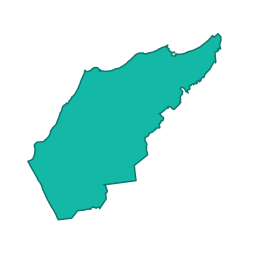 Manta, Manabi, Ecuador, rotated 353°
{"feature_id": "8360857B72136829689010", "entity_name": "Manta", "entity_type": "district", "adm_level": 2, "iso_a3": "ECU", "parent_name": "Ecuador", "parent_adm1": "Manabi", "projection": "mercator", "projection_center": [-80.772, -1.033], "detail": "fine", "context": "isolated", "style": "filled", "palette": "teal", "viewbox_px": 256, "rotation_deg": 353, "n_neighbors": 0, "source": "geoboundaries", "source_scale": "gbopen_adm2", "svg_char_len": 5598}
<svg xmlns="http://www.w3.org/2000/svg" viewBox="0 0 256 256"><g transform="rotate(353 128 128)"><path d="M221.4,72.7L222.6,73.2L222.7,73.8L223.0,73.6L223.3,72.2L223.2,70.5L223.4,67.0L223.3,64.3L224.4,63.4L227.3,62.1L226.8,60.7L229.0,60.0L229.1,60.7L229.5,60.6L229.2,59.1L229.3,59.1L229.0,58.2L229.0,57.6L229.6,55.5L230.1,54.4L230.9,52.1L231.3,49.1L228.8,45.4L224.9,48.2L223.0,46.7L221.2,48.4L219.2,50.2L217.7,51.3L216.4,52.0L215.9,52.4L215.2,52.9L209.8,56.1L207.1,57.2L203.0,58.6L200.0,59.3L198.3,59.4L196.9,59.7L196.0,60.1L195.0,60.2L193.7,60.8L193.0,60.9L190.8,61.2L189.4,61.2L188.7,61.1L188.1,61.2L186.7,61.0L186.3,60.8L184.7,60.5L184.3,60.5L184.1,60.7L184.1,61.0L184.3,61.2L184.5,61.3L184.3,61.9L184.2,61.8L184.3,61.4L184.1,61.4L184.0,61.6L183.9,61.7L184.0,61.1L183.9,61.2L183.5,62.3L183.4,62.4L181.7,62.0L181.1,61.7L180.7,61.4L180.5,61.1L180.3,59.2L180.1,58.5L180.3,58.5L183.2,58.9L183.4,58.7L183.3,58.4L183.0,58.3L182.7,58.5L179.9,58.1L179.5,57.4L178.9,56.6L177.5,55.6L178.3,54.3L176.2,52.6L177.5,50.9L177.2,50.7L176.3,51.2L175.1,51.6L174.7,52.1L174.1,51.9L173.5,52.0L171.7,52.3L170.5,52.7L170.0,53.0L169.0,53.3L168.1,53.4L167.6,53.9L167.2,54.1L166.1,54.4L165.3,54.8L164.4,55.0L162.4,55.6L159.7,55.9L157.8,56.0L156.2,56.4L154.5,56.6L154.2,56.5L153.8,56.4L152.8,56.2L152.3,55.8L152.1,55.4L151.7,55.2L149.5,55.4L149.2,55.3L148.8,55.1L148.5,55.0L147.5,55.2L147.1,55.5L146.5,55.6L145.4,55.7L144.6,56.3L143.5,56.9L142.4,57.8L142.0,58.3L141.3,58.6L140.8,59.1L139.8,59.8L139.4,60.3L139.1,60.4L138.2,61.1L137.1,61.5L135.7,62.6L134.7,63.6L133.2,64.4L132.8,64.5L131.6,65.3L126.2,67.7L124.0,67.7L122.8,67.8L121.5,68.2L120.8,68.6L120.0,68.7L119.6,69.0L115.6,69.2L113.9,69.1L113.1,69.2L112.5,69.1L111.5,68.7L109.2,68.3L108.3,67.7L108.1,67.4L107.6,67.2L107.1,68.1L106.4,68.8L107.1,67.9L107.6,67.1L106.6,66.5L106.1,65.9L105.8,65.3L105.2,64.7L104.3,64.1L102.1,64.0L101.0,64.3L100.2,64.7L99.2,65.2L97.5,66.5L96.3,66.8L95.7,67.0L95.2,67.0L92.6,66.7L92.4,66.4L92.5,65.8L92.4,65.6L92.1,65.9L91.8,66.6L91.6,68.1L91.3,68.3L90.9,69.1L89.9,70.6L89.2,72.0L88.7,72.5L88.2,73.6L87.4,74.8L87.2,75.4L86.8,75.9L86.2,77.3L85.5,78.7L84.7,79.9L84.5,80.4L83.5,82.3L81.7,84.9L79.7,87.5L78.4,88.9L77.3,89.7L76.2,90.3L76.0,90.5L75.5,91.6L74.6,92.4L74.2,93.0L73.6,93.5L72.8,93.9L72.6,94.9L72.1,95.6L71.5,96.0L70.9,96.3L70.3,95.9L70.0,95.8L69.7,95.9L69.3,96.6L68.8,97.2L68.5,97.4L67.4,97.5L67.2,97.7L67.0,98.2L66.4,98.4L66.0,98.6L65.9,98.9L65.9,99.3L65.2,100.0L64.9,101.3L63.8,103.3L63.7,103.8L63.2,104.3L62.6,104.5L62.5,105.4L61.9,106.4L61.6,106.6L61.6,107.1L61.4,107.7L61.1,108.1L60.9,108.7L60.2,110.0L59.8,110.9L59.3,111.4L59.0,112.1L58.3,113.3L57.2,115.4L56.6,116.1L55.6,116.9L55.2,117.1L53.8,118.4L53.4,118.6L51.8,120.7L51.5,121.0L51.2,121.1L50.5,122.3L50.7,123.0L48.9,125.9L48.5,126.5L46.3,128.5L45.3,129.2L44.1,129.9L43.3,130.4L42.7,131.0L42.2,131.3L41.4,131.4L40.3,131.3L39.6,131.1L38.1,131.1L37.1,131.0L36.4,131.0L35.8,131.1L34.4,132.0L33.8,132.6L33.1,133.2L32.9,133.5L32.9,133.9L33.2,137.4L33.2,138.7L32.8,139.6L32.2,142.3L31.6,143.8L29.9,146.8L29.6,147.1L28.5,147.8L28.0,147.9L27.2,148.4L26.4,148.4L24.7,148.9L24.7,149.2L24.8,149.8L25.3,150.5L25.6,151.3L27.1,155.3L31.4,165.3L31.9,166.7L32.5,168.9L34.1,171.4L34.6,172.7L35.3,174.8L35.8,178.0L36.3,179.8L37.6,183.7L38.3,185.7L38.5,186.8L38.9,187.8L39.4,189.4L40.3,191.3L41.1,193.8L41.7,194.8L41.9,195.7L42.6,197.0L42.7,197.6L43.5,198.9L44.3,200.9L44.8,201.9L45.2,203.2L45.7,204.2L46.2,205.9L46.5,207.0L47.1,209.3L47.5,210.1L47.9,210.6L61.0,210.6L61.7,210.1L68.0,203.9L75.1,204.1L76.4,203.7L80.3,203.8L80.8,203.6L80.7,204.0L80.9,204.1L81.3,203.6L82.6,202.5L82.7,202.4L83.2,202.4L83.8,202.2L84.1,202.3L84.8,202.8L85.7,203.0L86.3,203.5L86.9,203.6L88.5,202.9L89.8,203.0L90.0,204.1L90.2,204.4L97.8,195.6L97.6,190.3L97.7,190.2L98.2,190.1L98.2,189.6L98.4,189.5L99.0,189.4L99.4,189.0L99.8,187.4L99.5,187.3L99.4,187.1L99.4,186.5L99.2,186.0L99.3,185.0L99.2,184.8L98.9,184.9L98.7,183.9L98.8,182.8L98.2,182.3L97.4,181.4L108.9,181.4L129.4,181.2L129.6,180.9L129.5,172.0L129.7,165.9L141.8,158.5L144.2,156.9L144.1,155.3L143.9,154.9L143.9,153.5L143.7,153.2L143.6,152.0L144.0,149.7L144.0,148.7L144.5,147.1L144.6,146.1L144.5,145.3L143.4,142.8L143.4,141.2L143.6,139.7L146.7,138.5L147.4,137.8L148.0,136.9L149.2,135.4L150.2,135.3L150.8,135.3L151.5,135.1L152.1,134.8L153.1,133.9L154.0,133.5L155.0,132.9L155.3,132.7L155.3,132.3L155.6,131.7L158.6,131.5L159.3,131.6L159.6,131.5L159.6,131.4L159.5,129.4L159.6,129.0L159.3,128.3L159.5,127.6L159.8,127.3L160.7,127.0L161.1,126.6L161.5,126.2L161.8,125.1L161.9,124.9L162.3,124.8L162.8,124.8L163.1,125.0L163.3,124.9L164.0,124.2L164.2,123.7L164.4,122.7L164.5,122.4L164.4,121.9L163.9,121.5L163.5,121.0L162.6,120.2L162.3,119.6L162.1,118.9L161.5,117.9L161.0,117.6L164.0,116.3L167.5,114.0L168.2,113.1L169.8,113.2L170.3,113.0L170.4,111.6L171.1,111.9L172.0,112.1L173.1,112.4L173.9,113.5L174.3,114.3L174.5,114.5L175.1,114.9L176.0,115.2L181.4,111.0L183.3,109.0L182.5,108.8L183.1,107.6L183.7,106.1L183.6,105.6L183.6,104.6L183.5,104.1L183.7,103.6L185.0,101.4L185.7,101.2L185.9,101.3L186.7,98.5L184.6,95.4L186.1,94.0L187.5,94.8L188.6,95.5L189.2,96.4L189.8,98.4L190.1,98.9L190.6,99.4L191.7,100.2L191.5,97.8L192.9,97.4L194.2,96.7L193.8,95.8L194.0,95.3L194.0,94.4L194.2,93.8L194.2,93.6L194.7,93.7L195.2,93.6L196.2,92.9L196.2,92.7L196.4,92.6L198.0,91.9L198.4,92.9L201.3,91.6L201.5,92.2L202.3,91.9L201.7,90.4L203.9,89.5L204.5,90.8L206.1,89.8L205.7,88.8L206.6,88.4L208.1,86.6L209.4,87.1L211.6,83.0L212.3,83.0L212.7,82.7L212.8,82.7L213.1,82.0L213.1,81.9L214.1,81.5L217.0,79.0L217.3,78.4L218.6,76.5L221.4,72.7Z" fill="#14b8a6" stroke="#0f766e" stroke-width="1.5"/></g></svg>